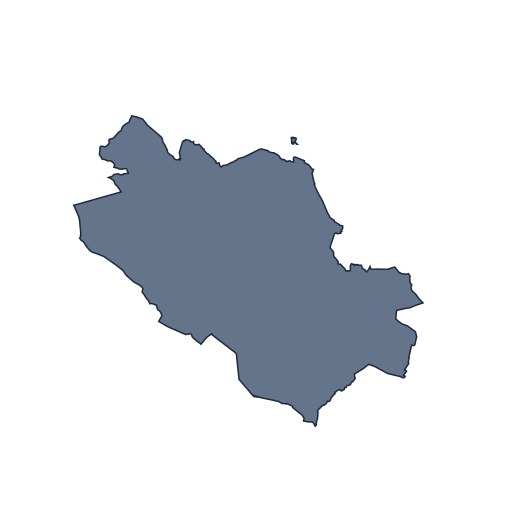 the district of Zamora, Michoacán, Mexico, rotated 211°
{"feature_id": "50627088B36959720964142", "entity_name": "Zamora", "entity_type": "district", "adm_level": 2, "iso_a3": "MEX", "parent_name": "Mexico", "parent_adm1": "Michoacán", "projection": "mercator", "projection_center": [-102.276, 20.024], "detail": "fine", "context": "isolated", "style": "filled", "palette": "slate", "viewbox_px": 512, "rotation_deg": 211, "n_neighbors": 0, "source": "geoboundaries", "source_scale": "gbopen_adm2", "svg_char_len": 6133}
<svg xmlns="http://www.w3.org/2000/svg" viewBox="0 0 512 512"><g transform="rotate(211 256 256)"><path d="M222.7,162.3L207.0,141.5L185.6,134.4L183.3,135.3L184.3,135.6L177.5,137.5L168.2,140.8L161.6,142.9L157.8,143.0L154.8,144.5L153.4,144.8L153.1,145.8L149.9,145.6L149.3,145.9L147.3,146.1L146.8,145.3L146.4,145.0L134.2,143.3L131.2,141.6L130.8,140.9L130.6,139.6L130.2,139.0L125.4,140.9L122.7,142.5L121.8,142.7L121.2,142.6L120.3,142.2L117.7,140.6L117.2,142.1L117.8,142.8L117.8,143.3L118.2,143.6L118.6,144.9L119.3,146.9L119.4,148.1L122.4,154.1L123.4,154.5L123.5,156.0L122.4,160.2L122.3,161.7L121.3,162.7L121.0,163.3L120.7,163.3L119.8,166.0L119.7,166.7L120.1,168.2L120.0,168.4L118.8,168.7L118.1,169.5L118.0,170.7L118.5,173.2L117.9,177.1L117.3,178.3L117.9,179.4L118.4,179.8L117.6,180.4L117.1,182.4L116.8,183.0L115.4,184.6L114.9,184.6L114.3,184.3L113.8,184.5L113.4,184.3L113.0,184.5L112.6,185.8L112.0,186.2L111.8,186.5L111.7,187.2L112.1,189.2L111.5,189.4L111.2,189.9L111.0,190.2L111.3,191.2L110.1,193.1L109.2,193.6L108.8,194.3L108.8,194.7L109.4,195.4L109.0,196.2L108.6,197.9L108.2,198.8L108.1,199.6L108.3,199.8L107.8,202.1L109.9,204.2L110.8,205.5L106.0,214.8L104.5,219.0L103.2,221.4L96.7,222.5L82.5,223.1L70.5,226.9L68.7,227.0L66.4,227.8L66.2,229.8L68.0,229.7L68.0,231.9L67.7,232.3L67.7,234.9L70.1,234.8L69.7,242.6L70.7,243.2L72.4,247.8L72.8,247.8L76.7,259.8L74.4,260.6L74.1,261.4L76.7,269.6L80.4,273.2L90.3,274.1L95.9,273.0L100.1,273.4L103.8,274.1L107.5,281.7L100.1,288.8L97.6,290.7L93.9,295.7L88.7,301.8L94.7,303.4L99.3,305.5L104.2,306.4L106.4,308.2L107.1,309.1L107.5,311.2L107.8,311.7L109.7,312.2L110.2,312.6L113.0,316.5L113.5,318.1L116.3,319.4L117.4,318.1L119.3,317.1L122.7,315.7L123.9,315.9L124.2,315.4L131.4,318.0L135.9,313.0L135.9,312.6L144.5,307.7L149.6,304.6L150.8,303.9L152.8,305.7L152.6,302.1L153.0,299.3L154.7,299.9L155.3,300.3L155.7,300.4L156.4,300.0L158.9,300.5L160.7,302.3L161.4,302.2L162.0,301.6L162.8,301.3L162.5,301.2L164.2,301.1L164.5,300.6L165.0,300.7L165.9,299.6L166.1,299.9L166.7,299.7L166.6,299.4L166.8,299.1L167.6,299.2L168.2,298.6L168.8,299.0L169.2,298.7L170.3,298.5L170.1,296.1L168.4,293.5L167.7,292.8L167.8,292.1L168.3,291.0L169.6,290.9L170.0,290.0L170.7,289.7L171.0,289.9L171.8,289.7L172.7,290.6L179.4,292.5L180.2,291.8L181.8,291.6L182.0,292.4L182.8,293.4L185.9,294.8L188.8,295.7L189.4,296.1L191.4,299.1L192.6,299.8L196.0,300.9L197.1,301.8L200.2,315.6L199.9,316.2L199.3,316.8L197.9,316.9L195.0,319.2L195.1,319.6L195.9,320.0L195.8,320.4L195.1,321.3L196.2,322.1L195.8,323.5L195.8,323.9L196.0,324.5L197.2,326.4L199.9,325.6L202.4,326.0L204.2,325.8L205.4,326.0L206.2,325.7L206.7,326.0L207.3,326.9L211.2,326.9L213.0,327.5L215.4,329.1L216.4,329.5L227.3,337.4L232.1,340.2L232.3,340.1L242.4,346.7L242.5,348.0L242.9,348.0L245.7,350.7L250.7,355.9L251.0,356.9L250.5,357.6L251.1,358.4L251.3,359.9L251.7,359.8L252.5,359.2L255.7,360.6L257.8,361.2L259.9,361.3L260.3,360.9L263.1,361.2L263.3,362.4L263.7,362.6L269.1,361.6L269.3,361.7L273.2,361.1L274.0,360.7L274.4,359.9L274.3,359.1L272.2,356.1L273.5,355.3L274.7,355.0L276.2,355.1L277.5,353.4L278.4,353.3L278.7,352.5L281.3,353.2L281.7,353.1L283.4,351.9L284.0,352.4L285.4,352.3L287.8,353.6L290.3,354.0L291.6,353.5L292.9,353.8L294.0,353.6L295.1,353.0L298.6,351.9L299.9,352.5L306.3,350.6L308.0,349.2L317.4,334.3L318.7,333.2L320.2,331.3L321.4,330.4L321.9,329.2L321.9,328.1L323.1,327.1L323.2,325.7L325.4,323.3L328.0,318.8L330.7,316.8L331.3,315.9L331.5,314.5L332.0,314.6L332.6,314.3L333.7,314.6L333.9,315.2L335.5,316.7L335.9,316.7L336.9,315.6L338.2,315.1L338.7,316.2L339.5,316.7L340.2,316.6L342.0,317.4L349.7,318.8L351.0,318.7L353.3,319.4L354.9,319.6L355.1,319.7L355.5,320.6L355.6,320.4L356.5,320.4L357.7,321.1L359.1,321.2L359.4,321.6L362.4,322.3L363.2,321.8L363.4,321.0L363.7,320.8L365.0,320.5L365.5,319.9L367.1,320.2L367.9,320.9L368.4,321.8L368.7,321.2L369.4,321.0L370.5,320.3L372.0,321.0L376.5,319.3L376.4,318.1L376.6,318.2L377.6,317.3L377.7,315.8L375.0,305.2L370.5,300.1L370.5,298.6L371.2,299.9L371.6,300.1L371.8,300.0L371.9,299.2L372.4,298.4L373.8,297.3L374.5,297.4L375.2,297.3L376.5,297.3L378.0,298.5L382.3,298.7L384.7,299.3L385.7,300.0L386.9,301.3L391.9,304.5L394.2,305.6L395.8,307.1L396.1,307.7L398.0,309.1L416.3,312.2L423.7,315.0L429.8,313.8L434.7,312.2L434.3,309.5L434.4,308.0L434.2,307.0L433.7,306.0L433.8,305.2L435.6,302.2L436.8,299.2L436.8,296.1L436.2,294.1L436.4,293.4L437.2,292.2L437.5,291.3L438.9,283.6L439.3,282.9L439.8,282.6L441.6,280.6L441.8,279.6L441.4,278.8L440.4,278.0L439.9,277.2L440.7,273.0L442.3,271.6L444.6,270.8L445.8,269.9L445.5,268.2L443.9,265.8L443.0,263.2L442.1,262.0L439.8,261.2L439.1,260.5L438.3,260.0L437.6,259.8L434.7,261.0L434.0,260.8L432.4,261.1L431.2,261.6L429.8,262.7L429.0,262.7L425.9,262.3L424.8,261.9L423.9,261.0L423.5,258.8L419.6,260.1L418.7,259.9L415.9,261.1L412.6,264.0L411.3,263.9L410.3,262.7L408.2,261.5L408.1,261.1L411.7,258.3L411.5,257.9L413.5,256.0L414.7,255.8L415.5,255.4L416.5,255.5L418.9,253.4L419.8,252.5L420.0,250.9L420.9,249.5L423.0,247.2L422.5,247.2L421.9,247.5L421.8,247.8L421.1,247.6L420.9,247.8L420.4,247.6L416.7,247.3L416.0,247.0L415.0,245.9L413.1,244.7L411.0,244.5L404.6,241.5L438.3,205.6L428.6,198.7L425.6,195.7L418.1,185.5L416.6,182.5L416.2,181.3L416.5,180.5L413.4,179.2L411.5,179.4L404.8,176.3L401.4,175.2L399.3,174.9L398.0,175.0L394.3,175.9L386.3,177.2L370.5,176.1L362.7,175.1L357.2,172.6L347.3,170.8L340.2,171.0L337.2,170.5L335.9,169.2L335.0,166.4L331.5,165.1L329.6,164.0L327.6,163.1L325.4,162.4L322.2,160.4L321.1,161.5L319.0,162.1L318.2,162.2L317.5,162.0L316.5,162.5L315.9,162.5L313.4,159.9L312.5,159.4L310.7,159.3L308.9,158.6L305.9,156.5L305.7,149.8L296.9,149.9L291.3,150.4L275.7,152.5L274.8,153.3L274.0,153.8L273.5,154.8L271.4,155.5L270.8,155.5L269.4,154.1L268.7,154.0L267.5,153.3L266.1,153.2L262.7,152.6L259.0,152.3L257.7,152.0L256.5,160.2L255.5,163.0L253.8,166.6L252.9,165.8L222.7,162.3ZM283.2,371.4L281.8,370.9L281.5,371.5L282.5,372.5L281.7,373.5L281.0,373.6L280.9,373.2L279.2,372.8L278.5,372.8L278.1,373.1L281.1,373.7L281.4,374.3L281.4,375.4L281.6,375.7L281.9,377.3L282.8,377.0L283.0,377.6L285.5,376.7L285.2,376.2L286.7,375.7L283.4,371.1L283.2,371.4Z" fill="#64748b" stroke="#1e293b" stroke-width="1.5"/></g></svg>